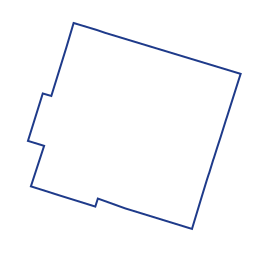 outline of Wayne, Indiana, United States of America, rotated 17°
{"feature_id": "52423323B20136389487822", "entity_name": "Wayne", "entity_type": "district", "adm_level": 2, "iso_a3": "USA", "parent_name": "United States of America", "parent_adm1": "Indiana", "projection": "orthographic", "projection_center": [-84.945, 39.86], "detail": "fine", "context": "isolated", "style": "outline", "palette": "blue", "viewbox_px": 256, "rotation_deg": 17, "n_neighbors": 0, "source": "geoboundaries", "source_scale": "gbopen_adm2", "svg_char_len": 542}
<svg xmlns="http://www.w3.org/2000/svg" viewBox="0 0 256 256"><g transform="rotate(17 128 128)"><path d="M119.7,212.7L119.8,204.3L148.9,205.7L218.7,205.8L218.6,171.4L218.6,170.6L218.6,163.1L218.6,156.3L218.6,154.7L218.7,148.6L218.8,147.3L218.8,137.8L218.8,133.3L218.9,131.9L219.0,120.4L219.2,109.9L219.2,109.5L219.3,94.7L219.3,91.9L219.4,88.6L219.8,49.0L219.9,43.3L78.7,43.7L70.1,43.4L45.3,43.5L45.5,69.0L45.3,119.8L36.4,119.9L36.1,169.6L53.0,169.6L52.2,212.2L81.1,212.5L119.7,212.7Z" fill="none" stroke="#1e3a8a" stroke-width="2"/></g></svg>